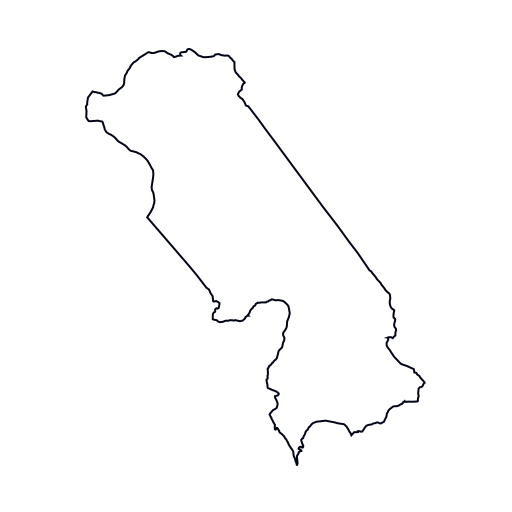 Paraiso, Cartago, Costa Rica (orthographic projection), rotated 175°
{"feature_id": "36466004B34064705280782", "entity_name": "Paraiso", "entity_type": "district", "adm_level": 2, "iso_a3": "CRI", "parent_name": "Costa Rica", "parent_adm1": "Cartago", "projection": "orthographic", "projection_center": [-83.78, 9.73], "detail": "fine", "context": "isolated", "style": "outline", "palette": "ink", "viewbox_px": 512, "rotation_deg": 175, "n_neighbors": 0, "source": "geoboundaries", "source_scale": "gbopen_adm2", "svg_char_len": 6024}
<svg xmlns="http://www.w3.org/2000/svg" viewBox="0 0 512 512"><g transform="rotate(175 256 256)"><path d="M404.5,434.2L409.6,428.4L410.9,423.0L410.9,421.7L412.2,420.1L412.5,419.3L412.2,414.9L412.5,413.6L412.5,412.3L412.8,411.1L413.0,409.0L412.0,406.7L410.9,405.0L408.9,404.7L401.6,404.6L400.2,404.0L397.9,403.5L397.5,403.3L397.1,402.6L396.8,401.7L396.6,400.1L395.9,397.4L395.6,395.1L394.2,392.4L392.3,390.8L389.7,389.3L387.7,387.7L386.2,386.2L383.3,382.3L376.9,377.7L375.1,375.8L373.5,373.5L372.2,372.2L371.2,371.5L369.5,371.1L367.9,370.4L366.7,370.1L364.6,368.9L364.5,368.7L362.3,367.6L359.2,364.8L356.5,361.5L355.6,360.1L353.5,355.6L352.6,353.2L351.1,350.4L351.1,346.5L351.5,344.0L354.0,333.6L353.9,330.8L353.0,328.7L352.6,326.5L352.3,320.3L352.8,317.3L353.9,315.1L354.1,313.8L357.5,308.4L358.1,307.9L359.0,306.5L359.9,305.7L361.0,304.0L322.0,249.8L316.1,241.2L308.3,228.9L305.7,226.6L304.4,222.7L302.7,219.7L302.6,214.7L302.0,214.3L299.5,214.6L297.5,213.2L297.1,212.7L296.6,212.5L296.6,211.2L297.7,207.6L298.8,206.9L299.6,207.4L300.6,207.0L301.4,206.2L301.5,204.2L301.9,203.8L302.8,203.5L303.6,202.6L304.1,201.6L304.6,196.9L304.0,196.4L300.6,195.4L299.7,194.2L298.0,193.3L295.1,193.3L291.6,194.2L289.2,193.9L288.3,194.2L287.2,194.3L285.4,194.1L283.7,193.6L282.2,193.9L277.5,192.4L275.1,192.8L274.5,193.1L272.3,194.8L272.0,195.9L269.8,197.2L268.9,197.2L269.4,197.7L268.3,198.8L267.1,200.6L266.5,202.1L265.1,203.6L263.6,204.8L262.9,206.0L261.3,206.7L260.3,208.3L259.1,208.9L258.5,209.4L257.3,209.1L254.3,209.3L250.2,208.9L249.0,209.6L247.7,209.7L246.7,210.5L245.3,210.7L244.1,211.5L240.1,210.1L237.8,210.2L233.3,209.0L231.8,207.9L229.3,205.1L228.2,203.4L227.7,200.6L227.6,198.6L227.4,197.2L227.5,195.5L228.6,192.2L230.7,188.0L231.3,183.8L231.9,181.9L233.1,180.0L235.2,177.7L235.8,176.4L235.8,174.4L234.8,172.1L235.3,169.3L235.9,168.3L236.3,168.0L238.0,162.7L241.1,160.1L241.8,159.2L244.0,152.7L245.4,151.0L245.9,150.9L247.4,149.7L248.6,148.2L249.5,147.8L249.9,147.1L251.2,145.9L252.5,145.2L253.1,143.8L254.2,142.7L254.3,138.3L254.7,136.0L255.0,135.7L255.0,133.6L255.2,132.7L256.3,131.9L256.3,129.6L255.9,127.5L255.9,124.4L255.6,123.4L252.7,121.9L252.6,121.7L248.4,119.7L246.9,118.7L245.4,117.2L245.4,116.4L246.3,115.3L249.3,114.7L249.3,112.9L248.5,111.4L247.4,107.8L247.4,106.3L248.3,103.6L248.7,102.9L249.5,102.3L252.7,100.8L255.3,98.2L256.3,97.0L255.2,94.1L254.8,93.7L254.8,92.7L254.2,91.4L253.7,90.8L253.5,89.5L251.8,86.1L252.2,84.6L252.3,81.8L252.1,81.5L251.6,81.4L250.9,82.0L250.4,82.9L249.7,82.7L249.3,81.8L249.1,81.7L248.9,80.9L248.2,80.1L248.2,79.1L247.7,78.1L245.6,76.2L244.9,75.2L243.8,74.1L242.7,71.6L241.8,70.5L241.0,68.4L240.6,68.0L239.9,65.6L238.8,63.2L238.3,62.5L238.1,61.9L236.5,59.3L235.9,57.7L235.9,53.6L234.6,50.0L234.6,48.9L233.7,45.8L233.5,43.6L232.7,45.8L232.7,49.1L232.8,49.6L232.7,53.1L230.7,55.9L230.6,56.7L230.3,57.0L229.2,57.6L227.8,57.7L227.8,58.3L229.1,59.5L230.3,60.0L230.3,60.6L229.6,61.5L228.9,62.0L227.2,62.0L226.7,61.1L226.2,61.1L225.6,61.8L225.5,63.1L226.0,64.3L226.5,66.0L227.0,68.3L226.9,69.1L225.8,70.1L224.9,70.4L224.3,72.1L223.1,73.7L221.7,76.9L219.5,78.7L218.4,80.7L217.5,81.2L214.9,83.8L214.0,84.4L210.7,85.6L201.0,85.9L191.8,83.3L189.7,82.4L183.6,80.9L182.7,80.5L180.7,78.2L179.4,75.8L178.2,72.8L177.5,71.9L176.6,69.1L173.6,71.9L169.9,71.7L169.8,72.6L169.1,72.7L166.9,71.9L165.4,71.9L161.9,76.3L160.9,77.2L160.0,77.6L158.1,78.0L155.5,78.1L153.5,79.0L151.9,79.1L150.2,79.6L149.3,79.6L146.9,78.4L146.3,78.3L143.1,79.7L142.7,80.1L142.1,81.5L141.6,82.1L140.2,84.4L139.6,86.4L139.4,87.6L138.3,88.9L137.7,90.3L136.0,91.9L132.5,94.1L130.7,94.3L129.3,94.1L127.2,94.4L125.2,95.4L123.3,96.1L122.5,96.8L122.0,97.7L120.8,98.1L120.5,98.4L120.2,97.7L116.6,97.6L113.1,97.2L108.2,97.0L107.4,97.4L107.3,98.7L106.8,100.9L106.2,102.0L106.2,103.3L106.5,104.8L105.6,109.5L104.9,110.4L104.3,111.0L102.8,111.0L101.4,111.9L100.7,113.3L100.0,114.3L99.2,114.7L99.0,115.3L103.3,121.1L103.6,122.1L105.7,123.9L106.4,125.5L107.2,125.9L108.4,126.1L108.6,129.5L115.3,133.3L119.7,135.2L121.3,136.2L127.2,143.6L131.4,151.4L132.7,153.3L133.6,155.3L133.5,158.0L131.8,160.7L131.5,161.8L131.6,163.1L132.0,163.2L130.9,163.5L129.2,163.4L128.5,163.3L126.9,162.2L125.8,163.5L124.1,164.7L123.7,168.0L122.8,170.1L123.0,171.4L124.0,173.0L124.4,174.1L124.3,176.0L122.8,180.3L123.0,181.3L123.7,181.8L123.8,182.4L124.3,182.8L124.3,184.7L123.6,188.0L123.1,189.2L123.1,190.0L125.3,191.9L126.2,193.5L126.8,195.7L126.8,198.7L126.0,201.7L125.9,202.9L126.0,206.0L126.6,207.1L128.6,209.0L130.4,211.4L130.7,212.3L133.6,216.6L134.2,218.2L137.7,222.6L138.5,224.4L142.0,229.4L142.5,230.6L144.1,231.7L154.3,249.9L162.0,262.0L172.5,279.5L185.3,299.5L225.5,365.3L236.5,383.1L241.6,391.7L250.7,405.9L252.0,406.2L253.0,406.9L254.0,410.1L255.6,413.2L256.1,413.8L257.3,414.6L259.2,416.8L260.0,418.5L259.9,419.0L258.3,421.3L255.7,423.0L255.5,425.1L255.1,426.3L253.9,428.4L252.1,429.6L252.1,429.8L254.6,433.1L255.3,434.4L257.5,436.8L257.8,437.6L260.3,440.8L261.0,443.5L261.0,446.1L260.9,446.7L260.6,451.2L261.6,452.1L263.1,454.5L265.0,456.6L265.6,457.6L266.8,458.2L269.6,458.3L271.3,458.7L273.5,459.3L275.3,460.4L278.9,460.3L280.6,458.8L282.4,458.5L286.0,458.4L290.1,458.5L291.4,458.8L296.1,460.9L299.4,464.7L302.5,467.1L304.1,468.0L305.7,468.0L306.5,467.6L307.3,466.1L308.1,465.5L312.7,465.4L313.7,464.9L313.9,464.5L313.9,462.9L314.1,462.7L313.5,462.2L316.5,462.2L318.8,461.5L320.4,461.3L321.4,462.6L323.0,463.9L326.6,465.8L328.3,467.4L329.7,468.1L332.4,468.4L334.7,468.4L336.0,468.0L337.2,467.9L338.6,467.3L340.9,467.1L343.5,467.7L344.2,468.2L345.5,468.4L355.3,463.4L355.6,462.8L357.5,461.4L359.8,460.0L360.8,459.7L362.3,458.3L364.6,455.9L364.6,455.5L365.5,454.1L367.8,451.6L369.0,449.4L370.7,447.3L371.8,443.5L372.2,440.0L373.1,437.7L374.0,436.7L375.2,435.6L378.4,433.7L380.5,431.6L382.1,430.4L383.0,430.0L383.8,430.0L384.7,429.7L387.5,429.2L389.7,429.0L393.6,429.0L393.9,429.0L394.4,429.5L395.7,431.1L396.0,431.1L396.5,431.5L398.1,432.2L399.5,432.4L400.9,433.1L402.6,433.4L404.5,434.2Z" fill="none" stroke="#020617" stroke-width="2"/></g></svg>